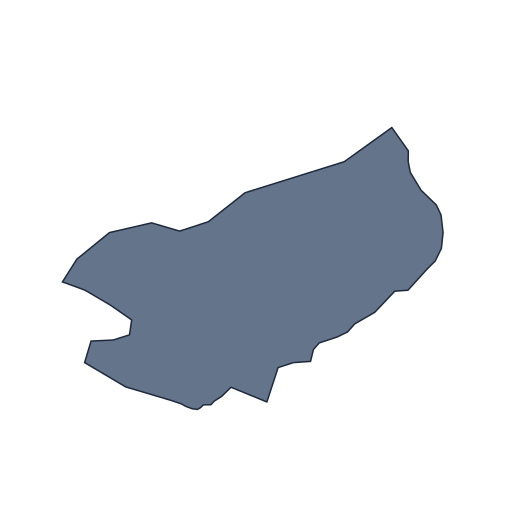 map outline of Nakasongola (Robinson projection), rotated 114°
{"feature_id": "UGA-3090", "entity_name": "Nakasongola", "entity_type": "District", "adm_level": 1, "iso_a3": "UGA", "parent_name": "Uganda", "parent_adm1": "", "projection": "robinson", "projection_center": [32.471, 1.323], "detail": "fine", "context": "isolated", "style": "filled", "palette": "slate", "viewbox_px": 512, "rotation_deg": 114, "n_neighbors": 0, "source": "natural_earth", "source_scale": "10m", "svg_char_len": 776}
<svg xmlns="http://www.w3.org/2000/svg" viewBox="0 0 512 512"><g transform="rotate(114 256 256)"><path d="M173.7,89.7L187.9,90.3L197.5,94.1L225.5,103.3L231.7,114.9L259.1,124.6L277.9,138.2L288.0,141.4L296.9,148.8L309.7,162.9L318.1,165.5L330.1,163.3L338.2,178.5L348.9,190.4L384.9,186.7L386.1,225.5L398.1,230.2L405.7,235.2L410.2,236.7L413.4,243.5L417.3,245.1L420.0,247.1L421.5,252.2L421.9,258.5L421.5,264.2L422.4,274.4L428.6,321.7L423.1,369.2L400.8,372.1L390.9,352.4L379.5,339.5L365.0,343.6L360.1,369.0L356.8,398.4L358.4,422.3L331.8,418.4L294.2,399.4L268.2,364.9L264.3,335.9L244.1,313.5L202.6,291.7L133.9,213.7L83.4,184.2L98.0,159.6L107.8,155.4L116.9,149.0L128.8,131.9L136.0,112.1L143.3,103.6L158.6,94.6L173.7,89.7Z" fill="#64748b" stroke="#1e293b" stroke-width="1.5"/></g></svg>